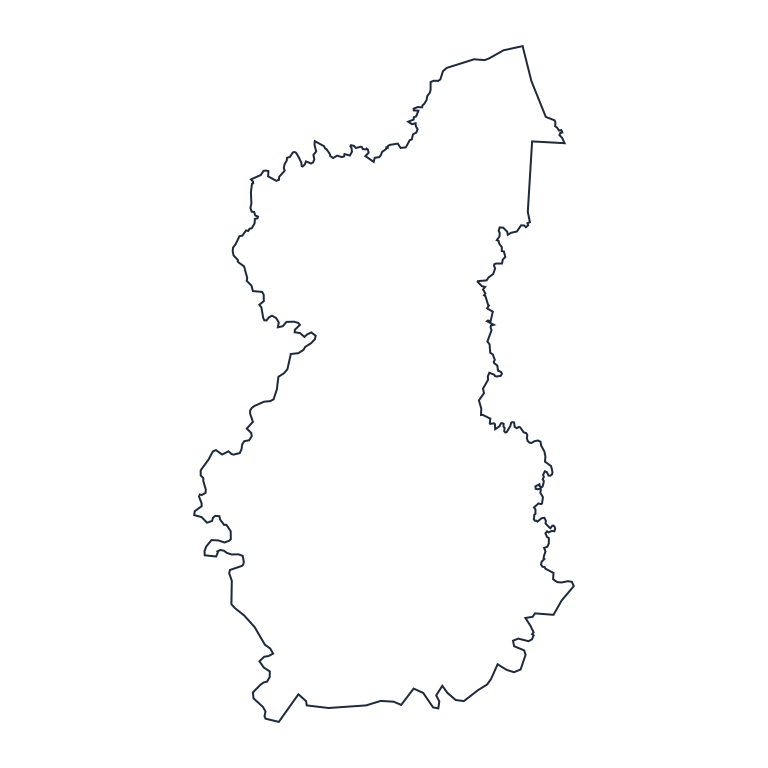 San Baltazar Loxicha, Oaxaca, Mexico
{"feature_id": "50627088B31289978402863", "entity_name": "San Baltazar Loxicha", "entity_type": "district", "adm_level": 2, "iso_a3": "MEX", "parent_name": "Mexico", "parent_adm1": "Oaxaca", "projection": "mercator", "projection_center": [-96.791, 16.043], "detail": "fine", "context": "isolated", "style": "outline", "palette": "slate", "viewbox_px": 768, "rotation_deg": 0, "n_neighbors": 0, "source": "geoboundaries", "source_scale": "gbopen_adm2", "svg_char_len": 6111}
<svg xmlns="http://www.w3.org/2000/svg" viewBox="0 0 768 768"><path d="M522.6,46.1L503.5,50.3L488.9,58.5L484.7,60.1L474.0,59.3L446.7,67.9L442.9,71.3L440.4,79.3L438.3,80.9L434.0,80.7L430.6,82.0L430.6,89.7L429.9,92.6L427.2,96.2L426.6,100.0L424.2,103.9L422.6,105.2L422.0,107.3L417.5,107.1L413.6,108.7L413.8,110.4L418.4,110.7L416.2,116.3L413.8,117.3L413.6,119.6L408.2,121.7L412.0,124.2L415.6,123.2L415.8,126.1L417.6,129.2L416.3,132.5L413.0,134.4L411.8,139.4L409.8,140.1L405.8,147.4L400.6,147.9L397.8,143.6L389.8,144.9L388.1,145.9L387.7,147.9L386.4,147.3L385.9,149.2L382.0,152.0L380.9,155.1L379.3,157.1L374.7,157.8L373.7,161.9L365.4,156.1L368.6,152.8L368.0,149.9L366.6,148.6L366.1,149.4L362.7,149.1L362.1,147.3L360.8,146.7L355.8,148.0L354.1,145.9L351.0,145.2L350.4,146.3L351.6,148.1L351.9,151.9L349.9,155.5L344.5,154.1L344.1,156.4L341.8,157.1L337.2,155.6L333.1,158.0L330.3,156.1L329.8,154.0L326.7,149.4L324.9,148.2L324.2,146.3L314.8,141.1L314.5,144.7L316.2,151.5L313.4,154.9L314.3,159.4L313.1,162.4L311.1,163.5L306.0,161.4L304.8,164.5L302.6,166.5L301.7,166.1L301.3,162.7L298.8,157.3L296.0,152.7L294.5,152.0L292.8,152.5L289.9,157.0L287.0,157.8L286.8,160.4L284.6,164.2L283.8,167.9L284.7,170.6L279.1,176.9L279.0,179.8L276.2,180.8L268.1,176.3L268.4,171.1L265.9,170.6L263.5,170.9L260.8,175.0L251.0,179.4L253.0,181.6L253.2,183.3L252.0,183.7L250.9,192.2L251.4,203.4L250.4,207.9L251.7,211.7L254.1,211.9L255.3,215.5L258.0,216.6L257.5,218.3L254.9,218.9L254.6,223.3L251.8,228.2L249.6,228.7L248.2,231.0L246.1,230.4L242.4,235.6L239.5,236.2L235.5,244.4L233.0,247.6L232.7,251.1L233.6,255.5L237.9,260.0L237.7,261.4L238.8,262.6L244.1,266.4L247.2,277.9L246.7,280.8L251.5,285.6L252.9,291.1L262.1,291.9L263.7,294.7L263.8,301.2L259.3,304.7L261.4,307.4L263.2,317.9L264.3,320.3L266.5,320.4L268.7,317.5L271.9,315.7L276.0,317.9L278.8,322.5L277.8,327.3L282.8,326.2L286.5,321.9L294.1,321.7L298.2,322.9L299.9,324.9L294.9,329.7L294.7,332.3L299.9,333.0L304.4,336.9L307.0,334.5L311.3,332.4L315.7,335.8L314.9,339.2L311.2,343.1L305.2,346.9L303.5,349.9L298.3,353.2L290.8,354.0L287.4,369.3L283.9,373.3L278.4,376.8L276.9,389.2L273.6,399.3L270.3,401.1L264.0,401.7L254.5,405.9L251.6,408.1L250.1,410.6L250.1,413.6L252.9,421.8L246.8,428.6L251.3,433.0L251.7,436.3L249.1,440.3L244.2,441.2L242.2,444.4L241.5,449.3L239.7,453.1L233.6,454.6L231.6,454.1L228.5,451.3L222.2,454.5L215.9,450.1L212.9,451.4L208.5,459.6L200.7,470.3L200.7,475.5L203.3,478.1L203.3,481.0L205.8,489.6L205.5,492.9L201.8,495.0L199.9,494.5L199.0,496.6L201.6,503.3L201.7,506.2L194.7,511.2L194.2,515.1L201.6,517.1L207.0,522.7L212.1,520.9L213.0,517.8L215.1,515.9L219.4,516.2L220.1,519.5L224.1,524.9L226.4,524.8L230.7,531.2L230.8,539.3L229.1,540.8L224.5,542.5L218.2,540.4L211.5,540.1L206.4,546.3L204.5,551.1L204.7,555.3L216.1,556.5L217.8,552.6L217.3,551.5L220.3,550.0L223.9,550.7L226.8,552.9L231.6,554.5L238.4,554.3L242.7,555.9L243.8,561.9L243.3,564.4L242.2,565.8L229.9,570.0L229.2,573.3L231.8,580.8L231.4,604.2L234.9,608.1L244.2,615.5L254.7,627.2L264.9,644.7L270.2,648.5L273.1,653.6L268.7,656.0L264.1,656.8L259.4,661.3L263.9,667.6L269.8,671.4L269.7,677.1L267.0,681.7L263.6,682.5L260.6,684.6L252.9,692.4L253.5,698.3L263.0,707.0L265.5,711.6L264.5,716.2L265.6,718.7L278.8,721.9L298.4,694.3L306.1,701.2L306.7,705.4L328.5,708.0L366.1,705.4L380.8,700.9L393.7,701.7L401.2,704.9L413.6,688.6L423.2,692.9L433.1,707.4L438.3,708.4L439.3,701.4L436.2,695.4L442.3,685.8L447.5,693.0L455.7,700.0L463.9,701.1L478.1,690.1L487.1,684.5L491.0,679.1L497.6,664.3L506.7,669.9L514.0,672.2L520.6,669.5L525.6,654.8L524.2,650.4L514.1,646.2L513.0,640.7L518.3,638.6L528.5,641.2L532.0,639.3L533.7,635.3L532.1,634.2L533.6,632.4L530.4,625.7L525.4,618.0L532.6,616.8L535.0,613.4L553.5,614.8L561.7,600.4L573.8,586.1L571.8,581.8L567.9,581.2L561.4,582.5L557.1,582.1L553.1,579.2L553.5,573.0L545.3,568.6L544.6,567.1L542.4,566.7L541.0,564.5L541.7,561.6L544.3,559.1L543.6,558.7L544.0,555.8L545.5,551.5L544.1,547.9L547.3,546.8L548.8,543.5L548.9,538.1L547.1,537.0L545.4,533.3L547.1,531.3L548.6,532.4L551.8,530.9L554.4,531.3L555.2,528.7L554.5,526.5L553.4,525.7L552.3,525.7L550.4,528.2L549.4,527.5L545.5,523.4L545.9,521.0L544.4,517.8L541.5,518.3L537.5,521.6L536.1,520.6L535.0,520.8L533.9,519.4L534.3,514.7L535.4,514.0L535.5,509.6L534.0,507.4L538.4,503.5L541.3,504.1L542.0,503.5L542.8,498.4L542.8,496.9L540.4,492.9L540.8,489.3L540.0,488.5L537.8,489.3L535.7,488.8L535.4,486.4L539.4,484.3L539.6,486.0L541.4,487.3L542.6,486.5L543.7,482.4L543.7,480.6L542.7,479.5L543.8,476.9L543.1,474.8L544.9,471.2L547.0,472.3L548.5,475.6L550.6,475.6L552.1,474.2L552.5,472.3L551.1,466.1L545.0,461.7L545.4,456.6L544.4,451.5L541.2,445.7L540.5,441.7L538.0,440.5L534.4,441.2L531.5,443.0L529.3,442.6L527.6,440.8L526.9,438.2L527.3,435.0L526.2,433.1L523.7,432.4L520.1,427.3L519.0,426.9L516.8,428.2L514.7,426.9L514.1,422.5L512.2,422.1L511.1,422.8L510.3,426.1L506.6,432.2L505.3,432.5L504.2,431.1L504.6,427.8L503.5,426.7L503.6,423.8L502.1,423.1L500.9,423.4L499.5,426.3L495.2,429.2L494.9,424.1L493.8,423.3L490.2,423.9L489.8,423.3L490.3,418.6L482.7,414.9L481.0,415.0L481.3,408.7L478.9,400.4L484.0,393.1L483.0,388.7L488.1,379.7L487.8,376.4L489.3,372.8L494.3,374.7L495.0,376.1L496.8,376.5L500.8,375.8L501.9,373.7L500.8,371.8L498.0,370.7L497.3,365.6L494.1,363.0L493.7,361.9L494.8,359.8L492.7,354.3L490.2,352.8L489.6,344.4L487.4,341.5L491.5,330.3L490.5,327.0L490.9,325.6L493.8,324.8L487.0,321.2L488.0,320.5L490.6,321.2L492.8,311.7L487.1,308.4L488.9,305.5L488.2,305.2L485.4,296.0L484.0,295.3L485.4,293.5L483.0,289.5L485.1,286.9L481.9,286.2L477.6,281.8L478.0,281.1L486.6,280.4L488.5,277.5L493.2,274.0L495.1,268.5L494.0,265.6L494.4,264.2L496.2,263.5L502.0,263.5L502.8,259.5L505.3,257.0L503.9,251.5L501.8,251.1L501.8,247.1L499.3,243.8L498.6,240.9L496.8,240.2L499.5,236.4L499.7,232.9L498.6,230.8L499.7,227.4L503.2,227.7L507.2,231.7L507.8,234.8L511.0,232.8L516.9,231.5L521.1,225.3L524.2,225.5L525.9,227.2L528.2,225.3L527.4,223.2L529.9,222.2L527.8,211.9L532.1,141.4L564.6,143.2L562.2,138.0L559.4,135.0L560.4,132.9L562.3,132.5L561.3,130.0L559.1,130.6L557.0,127.5L555.2,126.3L555.4,122.1L554.5,120.3L545.8,116.9L531.4,81.1L522.6,46.1Z" fill="none" stroke="#1e293b" stroke-width="2"/></svg>